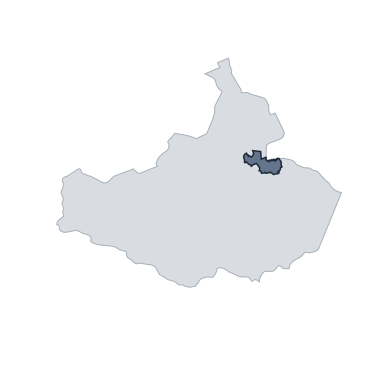 Akobo, Jonglei, South Sudan (highlighted), rotated 337°
{"feature_id": "79223893B55602707979350", "entity_name": "Akobo", "entity_type": "district", "adm_level": 2, "iso_a3": "SSD", "parent_name": "South Sudan", "parent_adm1": "Jonglei", "projection": "orthographic", "projection_center": [33.191, 7.816], "detail": "fine", "context": "in_parent", "style": "filled", "palette": "slate", "viewbox_px": 384, "rotation_deg": 337, "n_neighbors": 0, "source": "geoboundaries", "source_scale": "gbopen_adm2", "svg_char_len": 6050}
<svg xmlns="http://www.w3.org/2000/svg" viewBox="0 0 384 384"><g transform="rotate(337 192 192)"><path d="M297.1,283.0L286.9,293.2L286.2,293.8L285.0,294.6L280.9,294.7L276.6,294.1L272.7,291.5L268.7,293.5L266.2,294.2L264.7,294.4L261.1,294.7L256.2,295.8L253.9,297.2L252.7,298.3L251.7,300.3L251.2,300.5L250.3,300.2L249.0,299.4L246.3,298.3L245.0,295.7L243.8,294.2L242.8,293.4L238.5,295.9L236.5,296.5L234.8,296.4L231.8,295.0L228.4,293.7L226.6,293.7L224.0,295.2L221.1,297.5L219.5,299.7L218.8,301.1L217.8,299.0L216.8,297.7L215.3,297.2L212.5,297.7L211.8,297.0L211.7,295.2L211.3,293.6L210.6,292.4L208.4,291.2L202.8,288.7L198.5,283.8L196.3,281.5L194.7,280.0L192.5,276.2L189.9,273.5L186.8,272.2L184.8,272.8L182.7,275.6L178.7,278.3L176.8,278.3L174.5,276.9L171.6,275.8L166.3,275.3L164.1,276.6L161.2,278.6L158.8,279.8L157.3,279.9L155.9,279.4L154.3,279.1L153.0,279.0L150.2,277.1L148.7,275.8L147.7,274.4L146.2,273.5L144.3,272.7L143.0,271.6L142.3,270.1L141.3,268.2L139.9,266.5L135.7,263.4L134.4,261.6L133.5,259.8L131.8,257.9L129.9,255.3L129.4,251.5L129.3,248.4L128.9,247.0L128.2,245.6L127.2,244.4L125.8,243.0L122.3,241.0L118.7,238.7L117.0,237.3L113.7,236.8L111.8,235.5L110.2,232.6L109.5,230.3L107.9,228.5L107.2,227.2L106.8,225.8L108.2,221.3L106.3,219.6L103.5,217.5L101.5,215.2L100.3,213.1L96.7,210.3L88.8,206.1L84.3,203.4L81.8,201.0L79.7,198.6L79.5,197.7L80.9,195.4L81.2,193.5L80.1,191.4L75.4,187.4L71.7,183.0L68.9,181.6L62.1,180.3L60.1,179.8L58.1,178.9L56.1,176.9L55.4,174.6L56.5,170.9L55.9,169.8L54.7,169.5L55.1,168.7L56.4,166.9L58.6,165.8L64.3,164.1L64.6,163.4L64.8,161.1L65.3,160.0L67.3,156.9L67.6,155.6L67.7,152.9L68.0,151.6L68.6,150.7L70.2,149.2L70.8,148.2L71.1,146.2L71.0,142.0L71.8,140.4L75.5,136.8L76.5,135.1L76.8,133.6L76.8,132.1L77.1,130.6L78.2,129.2L79.1,128.8L81.7,128.4L83.5,128.7L96.1,126.4L97.6,126.7L98.2,128.3L98.1,130.7L98.3,131.8L98.9,132.7L100.9,133.9L102.2,135.8L102.9,136.5L104.9,137.9L114.0,149.0L116.7,150.1L119.2,149.8L124.4,147.6L126.9,147.0L144.7,147.9L146.7,147.6L146.8,147.7L149.5,153.2L150.7,154.5L170.3,154.8L170.0,153.2L170.2,151.4L173.7,148.1L174.2,147.7L177.3,146.1L180.2,145.1L185.9,143.9L188.0,141.9L189.2,140.1L189.2,136.5L190.0,135.9L191.4,135.1L198.0,131.9L199.1,131.2L210.6,138.8L217.1,144.7L217.5,145.0L217.8,145.1L218.2,144.9L218.5,144.7L219.2,144.4L222.0,144.3L227.3,144.1L229.1,143.4L239.7,132.9L242.4,129.5L243.1,128.8L244.6,126.4L246.3,122.3L246.6,121.9L258.2,112.0L258.6,111.2L258.7,110.6L257.0,107.3L256.6,105.6L256.5,103.0L256.9,99.0L256.8,96.4L256.6,95.7L250.1,88.3L266.4,88.3L266.4,87.3L266.4,87.1L266.1,86.2L265.9,85.0L265.9,84.4L266.0,83.8L266.0,83.5L266.0,83.2L266.1,82.9L277.7,83.1L277.6,85.1L276.2,90.0L276.2,92.9L275.8,96.2L275.4,97.1L274.8,97.9L274.6,98.3L274.6,98.7L277.1,117.2L276.9,118.0L276.2,119.1L276.1,119.5L276.0,119.8L276.3,120.0L281.7,122.0L282.0,122.2L282.2,122.3L284.1,124.7L294.8,133.5L295.2,133.9L296.3,136.7L296.4,137.1L296.4,137.8L296.4,138.3L296.1,139.9L296.2,140.7L296.4,141.2L296.6,141.7L296.6,141.9L296.5,142.3L294.9,145.5L294.4,147.8L294.2,149.7L294.3,150.8L294.5,151.5L294.7,151.8L294.8,151.9L299.4,151.9L299.4,152.9L300.0,169.7L300.1,171.6L299.9,173.9L299.3,174.8L298.0,176.2L296.4,177.4L292.2,177.7L288.8,177.7L286.3,177.4L282.9,177.3L279.8,177.6L278.6,178.6L274.4,187.5L273.1,189.7L272.8,191.0L273.2,191.8L274.8,192.9L278.4,194.5L282.5,195.4L285.6,195.8L287.7,196.2L289.3,196.7L295.2,200.8L297.0,202.6L298.1,204.3L298.4,206.1L299.2,207.9L304.6,213.4L309.7,216.0L311.6,219.0L313.5,220.4L315.3,222.0L316.3,224.3L318.5,231.0L320.0,234.5L321.5,237.3L322.1,242.0L323.3,244.1L324.6,246.6L326.7,248.9L328.9,250.6L329.3,251.1L307.2,273.0L297.1,283.0Z" fill="#d9dde1" stroke="#a8b0b8" stroke-width="1"/><path d="M278.1,208.7L279.2,208.7L280.0,207.6L279.2,206.8L281.9,206.1L282.9,204.2L284.2,204.2L284.8,203.8L284.4,202.8L285.9,198.8L285.0,195.1L284.9,195.1L284.7,195.0L284.7,194.9L284.8,194.9L284.7,194.8L284.5,194.7L284.4,194.7L284.4,194.8L284.3,194.7L284.2,194.7L284.3,194.8L284.2,194.9L284.1,195.0L283.9,195.0L283.9,194.9L283.8,194.7L283.8,194.8L283.7,194.8L283.6,194.7L283.4,194.6L283.4,194.8L283.2,194.9L283.2,195.0L282.9,195.1L282.7,195.2L282.6,195.3L282.5,195.2L282.4,195.0L282.3,194.9L282.2,195.0L281.9,195.2L281.9,195.3L281.8,195.5L281.7,195.5L281.7,195.4L281.5,195.2L281.4,195.3L281.4,195.5L281.2,195.6L281.3,195.7L281.3,195.8L281.2,195.8L281.2,195.7L280.9,195.8L280.9,195.7L280.8,195.8L280.7,195.8L280.7,195.7L280.7,195.4L280.7,195.2L280.6,195.3L280.4,195.4L280.3,195.2L280.2,195.1L280.3,195.1L280.3,194.9L280.1,195.0L280.1,194.9L279.9,194.9L279.9,195.0L279.8,194.9L279.7,194.8L279.8,194.8L279.8,194.7L279.7,194.8L279.6,194.7L279.4,194.7L279.5,194.7L279.4,194.6L279.2,194.5L279.2,194.4L279.1,194.5L279.0,194.4L279.0,194.2L278.9,194.2L279.0,194.1L278.9,194.0L278.7,194.0L278.6,193.9L278.6,194.0L278.4,194.1L278.5,194.2L278.4,194.2L278.4,194.3L278.2,194.2L277.9,194.1L277.7,193.9L277.4,193.9L277.3,193.7L277.3,193.8L277.2,193.8L277.2,193.7L276.9,193.5L276.8,193.4L276.8,193.5L276.7,193.6L276.7,193.8L276.5,193.7L276.5,193.8L276.4,193.8L276.2,193.9L275.9,193.8L275.7,193.8L275.5,194.0L275.4,194.0L275.3,193.9L275.4,193.7L275.2,193.7L275.1,193.4L275.0,193.5L274.9,193.6L274.7,193.6L274.4,193.7L274.2,193.7L274.0,193.8L273.9,193.8L273.9,193.6L274.0,193.6L274.0,193.4L274.0,193.2L273.8,193.1L273.7,193.0L273.6,192.8L273.4,192.6L273.3,192.4L273.2,192.3L273.1,192.2L272.9,192.1L272.9,191.8L272.9,191.7L272.9,191.2L273.0,191.2L273.1,191.3L273.2,191.2L273.0,190.9L272.9,190.7L272.9,190.4L272.9,190.2L272.9,189.8L273.0,189.7L273.4,189.5L273.5,189.5L273.6,189.4L273.8,189.3L273.8,189.2L273.7,188.9L268.6,188.8L271.0,181.6L264.0,177.6L263.8,179.5L263.8,180.8L260.9,183.0L260.3,183.1L258.6,180.5L257.9,181.1L257.3,177.5L254.9,178.0L253.3,179.6L252.9,181.7L252.8,183.5L252.0,184.7L252.2,185.8L253.9,185.6L255.0,188.5L256.7,190.4L256.6,191.5L257.0,191.6L258.3,190.7L262.6,191.0L263.7,196.1L263.5,196.9L262.1,198.7L263.5,199.7L263.3,201.9L266.3,202.7L266.9,202.4L267.1,203.5L271.2,204.6L271.8,204.1L273.9,207.8L278.1,208.3L278.1,208.7Z" fill="#64748b" stroke="#1e293b" stroke-width="1.5"/></g></svg>